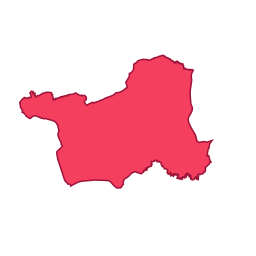 the district of Phon Na Kaeo, Sakon Nakhon, Thailand, rotated 331°
{"feature_id": "78962969B15613866978457", "entity_name": "Phon Na Kaeo", "entity_type": "district", "adm_level": 2, "iso_a3": "THA", "parent_name": "Thailand", "parent_adm1": "Sakon Nakhon", "projection": "mercator", "projection_center": [104.325, 17.213], "detail": "fine", "context": "isolated", "style": "filled", "palette": "rose", "viewbox_px": 256, "rotation_deg": 331, "n_neighbors": 0, "source": "geoboundaries", "source_scale": "gbopen_adm2", "svg_char_len": 5793}
<svg xmlns="http://www.w3.org/2000/svg" viewBox="0 0 256 256"><g transform="rotate(331 128 128)"><path d="M164.5,207.0L165.7,205.2L165.7,204.6L166.0,204.5L165.8,204.1L166.6,203.5L166.4,203.2L166.7,203.2L167.0,202.5L168.1,203.6L168.3,203.3L169.1,203.6L169.5,203.5L170.3,204.1L171.1,204.4L171.6,203.9L172.4,203.9L172.6,203.4L173.0,203.5L173.4,203.2L174.0,203.6L174.5,203.4L175.1,202.8L175.4,201.6L176.1,201.3L176.4,200.2L182.0,198.7L182.7,197.8L184.2,198.1L183.9,196.2L184.9,192.6L185.1,191.0L183.5,190.7L187.7,185.5L188.8,185.1L191.7,181.5L195.4,179.7L190.3,178.7L187.7,176.6L183.3,175.1L182.0,173.0L183.6,166.8L183.3,158.6L183.8,152.4L184.6,150.0L185.9,148.2L191.0,145.0L192.5,143.8L193.9,141.9L194.3,140.7L194.6,137.6L198.3,129.4L200.8,125.1L206.0,118.3L207.2,116.5L207.8,114.7L208.9,112.7L210.3,111.0L213.0,109.2L212.9,108.4L212.4,108.3L211.5,107.4L210.8,107.5L210.8,107.1L210.5,106.9L210.0,107.2L209.5,107.2L209.4,106.1L207.7,105.2L207.3,104.0L205.9,103.8L206.1,103.2L205.6,103.1L205.8,102.8L206.3,102.6L206.1,102.2L206.4,101.6L206.2,101.2L206.4,100.5L206.8,100.3L206.5,99.8L206.8,99.6L206.6,98.7L206.9,98.5L206.7,98.3L205.9,98.2L206.0,97.6L205.7,97.3L205.3,97.4L204.8,96.9L204.8,96.5L204.4,96.6L204.4,96.1L203.9,96.2L203.4,94.8L203.7,94.5L203.3,94.4L203.6,94.1L203.5,93.5L202.9,93.7L202.5,93.3L202.2,93.5L201.5,93.1L201.2,93.9L200.9,93.1L200.2,93.4L200.3,93.0L199.5,91.8L199.7,91.4L199.1,91.3L199.3,90.4L198.8,90.3L198.7,89.5L198.0,89.0L198.3,88.3L197.8,88.3L197.7,87.6L197.1,87.1L197.1,86.3L196.2,85.2L195.2,84.7L195.3,83.6L195.0,83.4L195.0,83.0L194.4,82.6L194.2,81.7L193.3,81.1L192.7,81.3L191.0,80.6L190.7,80.8L190.0,80.5L189.0,80.6L188.9,80.3L188.4,80.6L188.0,80.5L186.1,79.6L185.4,79.8L184.7,79.2L183.8,79.8L182.5,79.2L180.4,79.5L178.1,77.8L177.4,77.0L175.7,76.2L174.8,75.4L170.1,74.1L168.8,74.2L166.8,74.9L164.4,74.9L163.7,75.5L162.2,78.1L160.4,80.2L157.8,81.1L155.6,81.0L154.1,83.6L148.2,87.0L147.6,90.5L146.7,92.3L144.9,92.2L143.6,92.6L140.8,92.9L137.2,92.5L134.8,91.4L130.7,92.2L122.3,90.8L119.0,91.0L117.6,90.4L115.7,90.5L111.9,89.6L110.0,89.7L109.8,88.7L108.9,88.2L102.9,88.0L102.7,87.9L102.3,84.1L103.6,83.1L104.6,83.2L105.5,82.6L106.2,81.5L106.4,80.7L105.8,78.4L103.5,77.7L103.6,76.9L101.8,76.4L99.3,72.0L96.6,71.8L94.2,71.0L93.3,70.3L91.8,70.1L91.2,70.3L91.0,69.9L90.3,70.5L89.4,69.6L87.7,69.2L87.2,69.5L86.9,69.0L86.6,69.2L86.3,68.9L85.5,68.9L85.5,68.5L85.0,68.3L84.9,68.6L84.7,68.2L84.0,68.2L83.9,68.0L82.8,68.5L82.1,68.1L81.5,68.1L81.4,67.8L81.1,67.7L80.8,67.9L80.2,67.7L79.9,68.0L79.4,67.1L78.8,67.4L78.3,67.2L78.1,67.5L77.9,67.0L76.4,67.5L76.1,67.1L76.9,66.2L77.6,63.2L78.1,62.5L77.5,62.0L78.3,60.3L77.0,59.0L74.2,57.3L70.1,56.3L66.2,56.5L65.3,56.4L64.8,55.8L64.1,55.9L63.6,56.3L63.1,55.8L62.3,55.9L62.5,55.5L62.3,54.7L62.5,54.5L62.1,54.1L62.9,53.4L62.5,53.1L62.5,52.8L62.8,52.7L62.4,52.4L62.8,52.3L62.4,52.1L62.7,51.8L62.5,51.2L62.1,51.1L62.4,50.9L62.2,50.7L62.5,50.0L61.9,50.0L61.4,49.0L59.1,49.9L59.1,51.4L58.4,54.0L57.1,53.7L56.6,53.9L56.1,53.7L56.1,53.4L55.8,53.1L55.1,53.3L54.2,52.8L53.5,52.8L52.9,52.3L52.6,51.3L52.0,51.1L49.0,51.7L45.8,53.1L45.7,53.7L45.3,54.2L45.2,55.1L44.7,55.9L44.1,57.8L44.0,59.5L44.3,61.6L43.5,62.2L43.0,63.0L43.7,63.6L44.6,65.7L44.7,68.3L46.4,71.7L47.2,72.3L49.1,71.8L51.0,71.7L52.3,72.1L53.3,72.7L57.2,77.6L58.5,78.5L59.1,79.3L60.7,79.9L62.5,81.9L64.5,83.6L65.6,85.1L66.8,86.0L67.8,89.2L67.6,92.3L67.1,93.5L66.9,95.3L65.8,97.4L64.4,98.6L63.4,100.0L63.1,101.0L62.5,104.6L62.4,108.5L62.1,108.7L62.0,109.4L61.5,110.3L61.9,111.2L61.7,112.0L61.3,112.4L54.9,114.0L54.1,114.5L53.3,115.9L51.6,120.7L47.3,142.9L47.6,143.4L47.3,144.7L48.2,145.6L48.1,147.6L48.6,148.2L49.8,148.8L50.1,150.4L49.8,150.9L58.2,151.2L61.5,152.0L73.7,157.4L77.9,159.9L84.4,163.9L85.8,165.2L86.7,166.7L87.7,171.5L89.0,174.7L89.8,175.5L92.9,176.8L94.5,175.8L96.4,175.2L97.1,173.6L99.5,171.2L100.9,170.8L102.9,170.9L105.3,170.5L108.6,169.4L110.6,169.3L112.0,169.6L113.0,169.5L114.6,171.6L115.5,172.1L116.3,173.6L117.8,174.5L120.5,173.8L120.9,172.9L121.4,173.5L122.0,173.4L122.6,172.6L122.9,172.7L123.8,174.0L124.1,174.0L124.4,173.3L123.8,172.2L124.2,171.7L125.1,171.7L125.2,172.5L125.5,172.7L126.0,172.3L126.9,172.3L127.3,171.7L128.2,172.4L130.1,172.7L130.5,172.1L130.5,171.2L131.6,171.2L131.3,170.5L132.2,168.7L133.0,169.5L134.3,169.5L135.0,169.9L135.5,169.4L136.6,169.4L136.7,170.1L137.1,170.6L137.0,171.5L137.4,171.9L137.9,171.5L138.6,171.7L138.9,172.1L138.8,172.9L140.3,174.4L139.4,175.6L139.5,176.4L139.2,178.3L140.3,178.9L140.4,179.9L139.9,181.2L141.6,182.3L142.2,183.8L142.0,184.1L142.3,184.3L140.9,185.4L140.6,186.4L141.1,187.0L140.8,187.8L141.7,188.2L143.4,187.3L143.5,188.6L143.9,189.1L143.6,189.6L142.5,189.1L142.2,190.4L143.7,190.1L143.5,191.2L144.2,191.4L144.5,192.2L144.7,191.9L144.6,191.1L145.3,191.3L145.5,190.4L145.9,190.5L146.3,191.0L145.9,191.7L146.3,192.0L147.1,191.9L146.7,191.0L147.2,190.7L147.8,191.3L147.7,192.8L148.3,193.0L148.9,192.4L149.2,192.6L149.3,193.6L148.9,194.3L147.6,194.7L147.4,196.0L146.8,195.4L146.5,195.8L146.7,196.1L148.0,196.8L148.2,197.4L148.9,197.9L149.2,197.6L149.0,196.7L149.7,196.9L150.5,197.7L149.9,198.6L150.0,199.0L151.0,198.9L151.6,198.0L151.5,197.5L151.8,197.3L153.0,197.7L153.0,198.8L153.4,199.2L153.7,199.0L153.7,198.4L154.0,198.3L155.3,199.1L155.5,198.2L154.7,197.9L155.0,197.0L156.5,197.9L156.4,197.0L157.1,196.8L157.0,196.2L158.1,196.2L158.2,196.5L157.8,197.3L158.3,197.7L158.3,198.3L159.0,198.2L159.2,198.5L159.1,199.0L158.3,199.1L158.2,199.6L159.1,199.6L159.6,199.9L158.2,200.4L159.2,201.4L159.4,201.9L159.3,202.3L158.3,202.2L158.2,202.9L158.4,203.6L159.2,204.6L160.2,205.0L161.8,204.7L162.3,203.9L162.6,204.1L162.5,204.7L163.1,204.8L163.2,204.7L163.2,203.9L163.4,203.6L163.7,203.7L164.1,204.4L164.9,204.7L163.4,206.0L163.5,206.5L164.2,206.4L164.5,207.0Z" fill="#f43f5e" stroke="#9f1239" stroke-width="1.5"/></g></svg>